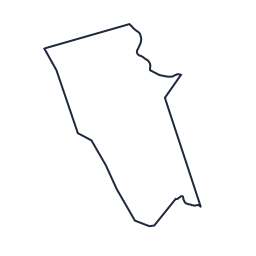 Sand De Feu, Castries, Saint Lucia (Equal Earth projection), rotated 167°
{"feature_id": "8701671B2564147185651", "entity_name": "Sand De Feu", "entity_type": "district", "adm_level": 2, "iso_a3": "LCA", "parent_name": "Saint Lucia", "parent_adm1": "Castries", "projection": "equal_earth", "projection_center": [-60.985, 13.929], "detail": "fine", "context": "isolated", "style": "outline", "palette": "slate", "viewbox_px": 256, "rotation_deg": 167, "n_neighbors": 0, "source": "geoboundaries", "source_scale": "gbopen_adm2", "svg_char_len": 2613}
<svg xmlns="http://www.w3.org/2000/svg" viewBox="0 0 256 256"><g transform="rotate(167 128 128)"><path d="M85.2,149.2L64.5,167.8L64.4,167.9L64.7,168.1L65.1,168.3L65.3,168.4L65.8,168.7L66.0,168.7L66.9,169.1L67.5,169.3L67.8,169.3L68.3,169.2L68.8,169.1L69.3,169.0L69.5,169.0L70.0,168.9L70.5,168.9L70.8,168.8L71.8,168.5L72.4,168.3L72.7,168.2L73.1,168.1L73.4,168.2L74.1,168.3L75.1,168.5L75.6,168.6L76.9,168.9L77.3,169.0L77.6,169.1L78.1,169.3L78.8,169.5L79.4,169.8L79.7,169.9L81.5,170.7L83.0,171.4L84.4,172.1L85.1,172.3L85.3,172.4L85.5,172.6L85.9,172.9L86.3,173.2L86.6,173.5L87.8,174.5L89.2,175.7L91.2,177.4L92.1,178.2L93.2,179.1L93.4,179.3L93.5,179.5L93.3,180.3L93.2,180.8L92.9,181.9L92.7,182.4L92.6,182.5L92.3,183.4L92.1,183.9L92.2,184.9L92.2,185.4L92.3,186.7L92.8,188.0L92.9,188.3L93.1,188.6L93.3,189.1L93.4,189.3L93.5,189.4L94.2,190.0L94.5,190.3L94.7,190.6L95.2,191.1L96.0,191.9L96.4,192.4L96.5,192.6L97.2,193.4L97.4,193.7L97.7,193.9L98.3,194.5L99.0,195.2L99.6,195.5L100.5,196.0L100.8,196.3L101.1,196.5L101.3,196.8L102.0,198.0L102.2,198.7L102.2,199.2L102.3,199.8L102.2,200.1L101.9,201.0L101.8,201.3L101.6,201.6L101.2,202.1L101.0,202.4L100.8,202.6L100.5,202.9L99.9,203.5L99.1,204.6L98.6,205.3L98.5,205.5L97.9,206.2L97.1,207.1L96.5,208.2L96.2,208.9L96.0,209.3L95.5,210.5L95.2,211.4L95.0,212.0L95.0,213.3L95.0,213.5L95.0,215.0L95.2,217.1L95.3,217.3L95.6,218.0L96.0,218.6L96.2,219.0L97.1,220.0L97.5,220.5L98.1,221.1L98.3,221.3L98.7,221.8L98.8,221.9L99.2,222.5L100.6,224.5L101.6,226.4L102.6,227.9L102.9,228.3L103.3,228.9L141.9,226.9L189.9,224.4L191.6,224.1L184.7,200.3L178.1,134.9L178.1,134.3L166.4,124.1L158.0,96.7L154.0,77.2L152.6,70.4L152.5,70.2L142.1,36.2L138.3,33.6L129.2,27.5L124.3,27.1L97.5,48.2L96.9,47.9L96.5,47.8L96.1,47.8L95.9,47.8L95.7,47.9L95.3,48.0L95.0,48.1L94.6,48.3L94.3,48.4L94.1,48.5L93.8,48.6L93.3,48.8L93.0,48.9L92.6,49.1L92.4,49.2L92.1,49.4L91.6,49.5L91.3,49.5L91.0,49.5L90.8,49.5L90.5,49.4L90.2,49.2L89.9,48.5L89.8,48.0L89.9,47.6L90.0,47.2L90.0,46.8L90.0,46.1L89.9,45.7L89.9,45.4L89.8,45.0L89.7,44.5L89.6,44.0L89.5,43.6L89.4,43.2L89.2,42.6L89.0,42.3L88.9,42.0L88.5,41.7L88.2,41.4L87.9,41.2L87.6,41.0L87.3,40.8L86.9,40.5L86.6,40.3L86.3,40.2L86.1,40.0L85.6,39.9L85.3,39.8L85.0,39.7L84.7,39.6L84.3,39.3L84.0,39.1L83.7,38.9L83.5,38.7L83.3,38.5L83.1,38.4L82.7,38.4L82.4,38.3L82.2,38.1L81.8,37.9L81.5,37.8L81.2,37.6L80.8,37.5L80.4,37.3L80.0,37.3L79.5,37.3L78.3,37.3L78.0,37.3L77.5,37.3L77.3,37.3L77.0,37.3L76.6,37.2L76.0,36.4L75.0,35.2L74.9,35.3L78.7,77.3L82.8,122.0L82.8,122.3L82.9,122.8L83.7,131.7L85.1,147.4L85.1,147.8L85.1,148.1L85.2,149.2Z" fill="none" stroke="#1e293b" stroke-width="2"/></g></svg>